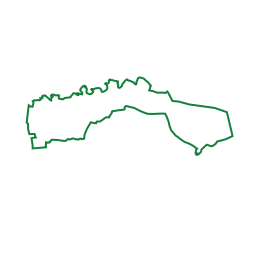 Auyo, Jigawa, Nigeria (Mercator projection), rotated 20°
{"feature_id": "59680162B19523503473687", "entity_name": "Auyo", "entity_type": "district", "adm_level": 2, "iso_a3": "NGA", "parent_name": "Nigeria", "parent_adm1": "Jigawa", "projection": "mercator", "projection_center": [9.962, 12.332], "detail": "fine", "context": "isolated", "style": "outline", "palette": "green", "viewbox_px": 256, "rotation_deg": 20, "n_neighbors": 0, "source": "geoboundaries", "source_scale": "gbopen_adm2", "svg_char_len": 5602}
<svg xmlns="http://www.w3.org/2000/svg" viewBox="0 0 256 256"><g transform="rotate(20 128 128)"><path d="M45.4,179.8L48.6,178.3L56.8,174.5L57.6,174.2L56.5,171.9L56.2,170.6L55.9,169.7L55.9,169.4L56.2,169.4L57.3,169.4L57.6,169.3L57.9,169.1L58.3,168.9L58.6,168.5L58.7,168.3L58.8,168.4L59.3,168.4L60.2,165.2L64.9,163.6L71.5,162.2L73.6,161.6L75.5,158.8L76.5,158.9L78.1,158.1L79.2,157.1L80.2,156.5L82.2,156.6L83.4,156.1L85.2,156.0L86.0,155.0L87.2,154.1L88.5,154.3L90.4,153.1L89.5,149.1L89.7,143.1L91.1,135.4L94.9,134.9L96.4,134.4L96.3,133.9L96.3,133.6L96.3,133.2L96.4,132.9L96.4,132.7L99.7,131.3L102.8,126.7L104.1,125.2L104.9,125.0L105.4,124.9L106.5,124.6L106.6,124.1L106.5,123.9L106.4,123.6L106.5,123.2L106.8,122.5L106.9,122.4L107.0,122.1L107.0,121.9L107.1,121.6L107.2,120.8L107.4,120.3L107.5,119.5L107.5,118.8L107.4,118.4L107.4,117.8L108.4,117.2L112.4,114.9L116.3,113.0L117.5,112.4L118.1,112.0L118.4,111.2L117.8,109.9L117.8,109.4L118.7,108.0L127.0,107.0L132.3,107.7L135.9,108.0L141.5,108.0L146.6,106.3L151.4,104.3L155.3,102.7L158.0,101.9L160.1,103.7L163.9,108.1L166.7,112.4L169.5,115.5L175.3,118.8L177.8,119.4L180.7,120.4L186.2,121.8L189.9,121.7L194.4,122.3L200.0,123.8L199.5,125.2L199.7,126.2L199.7,126.7L199.9,127.4L200.1,127.7L200.0,127.9L200.0,128.4L200.1,128.6L200.4,128.5L201.1,128.1L201.4,128.1L201.6,128.2L201.7,128.5L201.6,128.9L201.3,129.4L201.5,129.8L202.0,129.5L203.0,128.7L203.3,128.6L203.2,128.1L203.9,127.3L204.0,127.0L204.3,126.5L204.4,126.3L204.6,126.0L204.8,125.3L204.4,123.2L207.4,117.3L207.7,116.9L208.3,116.6L211.4,116.8L213.4,116.3L214.6,114.6L215.9,112.7L216.2,110.4L220.7,107.2L223.8,105.1L229.0,99.8L215.5,79.3L202.7,79.5L195.1,81.1L177.6,84.9L166.7,85.8L160.5,87.4L155.9,83.1L155.7,83.0L155.0,82.2L154.4,81.8L153.9,81.3L153.1,80.6L152.4,80.3L151.3,82.2L150.0,82.5L148.1,83.0L143.5,84.8L139.0,84.8L135.1,85.4L134.9,80.3L134.6,80.3L134.3,80.3L134.0,80.2L133.8,80.1L133.1,79.4L132.1,78.7L131.8,78.4L130.6,78.0L129.7,77.8L129.3,77.6L128.8,77.4L126.0,76.2L123.4,76.2L122.6,76.4L121.8,76.5L121.4,76.7L121.1,76.9L120.8,77.3L120.4,77.8L120.3,78.3L120.4,80.2L120.3,81.4L120.1,81.8L120.2,82.0L120.5,82.9L120.7,83.2L120.7,83.5L120.7,84.0L120.5,84.4L120.2,84.3L119.7,84.3L119.2,84.1L118.8,84.0L118.0,83.4L117.6,83.2L117.4,83.2L117.2,83.3L116.9,83.3L116.5,83.1L115.5,83.1L113.8,82.9L112.7,83.2L111.9,83.3L111.5,83.1L111.2,83.0L110.9,82.6L110.7,82.6L110.3,82.8L110.0,83.1L109.8,83.4L109.3,84.3L108.8,85.5L108.7,86.4L108.5,86.8L107.9,88.2L107.8,88.9L107.8,90.5L107.6,91.3L107.2,92.0L106.9,92.6L106.4,93.0L105.8,93.2L105.3,93.4L104.9,93.1L104.5,92.5L104.2,91.8L104.2,91.4L104.2,90.9L103.9,90.5L103.2,89.9L102.8,89.7L102.6,89.4L102.7,88.5L102.9,88.2L102.8,87.8L102.6,87.6L102.0,87.7L101.2,87.9L98.6,88.3L97.4,88.4L97.0,88.3L96.6,88.4L96.1,88.5L95.7,88.8L95.3,88.8L94.6,88.6L94.2,88.7L94.1,89.1L93.9,89.6L93.8,89.9L93.8,90.1L94.0,90.4L94.3,91.1L94.4,91.6L94.4,92.0L94.1,92.8L93.8,93.1L93.6,93.3L92.5,93.5L92.2,93.3L91.6,93.7L91.4,93.9L91.4,94.1L91.5,94.3L91.7,94.5L92.2,94.6L93.0,94.8L93.3,95.0L93.8,95.4L94.1,95.7L94.4,96.2L94.7,97.2L94.8,97.4L95.0,97.8L95.0,98.6L94.7,99.4L94.2,100.3L93.7,101.0L93.2,101.4L92.8,101.9L92.7,102.1L92.2,102.5L91.4,102.9L91.2,102.9L90.3,102.2L89.7,101.4L89.7,101.2L88.6,100.5L88.1,100.4L87.3,100.4L86.8,100.5L86.3,100.6L85.9,100.8L85.0,101.4L84.5,101.5L83.5,102.2L83.3,102.4L83.2,102.7L82.9,102.9L82.5,103.5L82.3,103.6L81.8,103.6L81.3,103.5L81.1,103.5L80.6,103.7L80.4,103.8L80.4,104.0L80.3,104.3L80.5,104.5L81.0,104.8L81.3,104.8L81.7,104.9L82.0,105.0L82.4,105.5L82.7,105.6L82.8,105.8L82.9,106.1L82.9,106.3L82.8,106.7L82.7,107.0L82.4,107.4L82.2,107.9L82.0,108.3L81.1,109.1L80.8,109.2L80.4,109.3L78.8,109.4L78.0,109.3L77.4,109.3L76.8,108.8L76.4,107.5L76.3,106.3L75.7,105.1L75.0,104.5L74.2,104.7L73.7,104.5L74.1,103.6L74.0,103.3L72.8,103.1L72.1,103.6L71.4,104.1L71.0,104.8L70.5,106.0L70.5,107.0L70.1,107.4L70.0,108.1L70.1,108.7L70.6,109.3L71.1,109.5L71.7,109.9L72.2,109.9L73.0,110.7L73.3,111.2L73.3,112.1L72.4,112.3L71.4,112.3L69.9,112.5L69.0,112.4L68.3,112.7L68.3,113.4L68.7,113.5L68.8,112.9L69.1,112.9L69.6,113.2L69.5,113.7L70.0,113.6L70.1,114.0L69.6,114.3L67.4,114.0L66.4,113.6L65.9,113.7L65.4,114.0L64.7,114.1L64.5,114.5L64.2,116.0L63.9,116.8L63.6,117.5L63.4,118.0L63.5,118.5L63.1,119.0L62.5,119.4L61.4,119.8L58.3,121.5L57.8,122.2L57.3,123.1L56.0,123.6L55.5,123.5L54.6,123.6L53.7,124.1L53.3,124.1L53.0,123.9L52.8,123.6L52.6,123.2L52.3,122.5L52.2,121.9L52.3,121.3L52.1,121.1L51.8,121.0L51.4,121.0L50.5,121.3L49.6,121.8L49.4,122.0L49.1,122.1L48.6,122.1L48.0,122.0L46.4,122.1L46.1,122.3L45.7,122.5L45.3,122.6L45.0,122.9L44.8,123.2L44.8,123.5L44.6,123.8L44.8,124.3L45.0,124.5L45.3,124.7L45.5,124.7L45.7,124.0L45.8,123.7L46.2,123.6L46.4,123.7L46.6,124.0L46.6,124.3L46.5,124.6L45.8,125.3L45.7,125.6L45.8,126.0L45.9,126.3L45.7,126.6L45.7,127.0L45.8,127.4L45.8,127.7L46.0,128.0L46.3,128.1L46.5,128.3L46.4,128.5L45.9,128.4L45.3,128.3L44.6,128.0L43.5,127.4L42.9,127.2L42.2,127.0L39.2,125.8L38.9,125.9L38.6,126.2L38.2,126.3L37.9,126.2L37.6,126.2L37.0,127.0L36.7,127.3L36.5,127.6L36.8,127.8L37.0,128.0L37.2,128.6L37.3,128.9L37.3,129.2L37.0,129.3L36.6,129.3L36.5,129.5L36.4,129.8L36.1,130.0L35.9,129.9L35.7,129.9L35.4,130.0L35.7,130.4L35.9,130.4L36.1,130.7L36.1,131.4L35.8,131.8L35.5,131.9L35.2,132.1L35.0,132.4L34.8,132.5L34.6,132.6L33.9,132.5L32.0,133.5L30.3,134.2L29.9,134.6L29.7,134.9L29.3,135.4L30.5,136.4L30.6,136.9L30.8,137.9L31.0,140.7L30.3,140.8L28.7,141.2L27.7,140.8L27.0,140.6L30.9,157.5L32.6,158.2L34.4,163.0L37.4,167.5L42.3,165.5L43.6,167.4L43.7,167.8L44.0,168.1L44.5,168.4L40.8,170.5L44.4,177.1L45.4,179.8Z" fill="none" stroke="#15803d" stroke-width="2"/></g></svg>